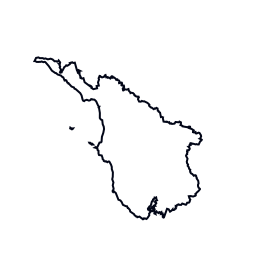 Douglas, Queensland, Australia, rotated 161°
{"feature_id": "25037944B93362533996498", "entity_name": "Douglas", "entity_type": "district", "adm_level": 2, "iso_a3": "AUS", "parent_name": "Australia", "parent_adm1": "Queensland", "projection": "robinson", "projection_center": [145.346, -16.309], "detail": "fine", "context": "isolated", "style": "outline", "palette": "ink", "viewbox_px": 256, "rotation_deg": 161, "n_neighbors": 0, "source": "geoboundaries", "source_scale": "gbopen_adm2", "svg_char_len": 5826}
<svg xmlns="http://www.w3.org/2000/svg" viewBox="0 0 256 256"><g transform="rotate(161 128 128)"><path d="M194.6,221.7L194.0,221.5L192.8,220.2L189.2,219.0L188.0,219.0L186.6,217.8L185.3,217.7L184.7,217.2L182.8,212.5L181.3,207.0L178.8,203.6L178.1,203.3L177.1,201.5L174.3,199.4L173.5,197.6L172.7,197.0L172.5,193.5L171.5,193.3L171.3,193.5L170.8,193.1L170.6,190.7L169.7,189.9L169.9,189.4L169.2,188.6L167.9,185.6L165.9,183.9L165.8,182.6L164.8,181.8L161.8,176.5L161.3,173.9L161.7,169.5L161.5,168.4L160.7,167.7L160.0,168.1L157.8,168.1L156.0,166.6L154.3,166.6L153.5,167.3L152.8,167.1L151.9,166.2L150.9,166.0L150.3,165.4L149.4,163.5L149.0,159.0L148.6,157.9L148.9,157.4L148.4,157.3L148.8,156.9L149.7,151.4L151.4,146.6L151.0,145.0L149.8,143.8L150.7,139.7L150.5,137.2L151.0,134.8L152.9,131.5L155.5,128.2L157.5,123.6L158.3,123.2L159.7,123.5L163.2,119.9L164.3,120.0L164.8,120.5L165.7,120.3L164.8,119.7L163.6,118.2L163.9,116.9L163.3,116.1L164.2,113.4L164.2,111.9L161.8,110.6L161.8,108.0L162.1,107.0L161.5,105.7L161.6,104.7L160.5,103.7L159.7,103.8L158.7,102.4L157.4,102.7L156.6,102.3L156.0,98.9L156.0,96.5L156.7,94.4L156.7,91.1L158.3,86.8L159.6,84.7L159.5,81.3L161.1,78.7L161.3,75.5L162.0,74.2L162.8,73.9L163.2,72.8L162.9,72.2L162.0,72.7L160.7,70.5L160.4,63.3L158.8,62.0L158.1,60.1L157.8,57.0L155.5,54.8L154.4,54.3L154.3,52.4L153.8,52.2L152.9,49.9L153.1,48.3L150.3,44.5L150.2,43.2L149.5,42.6L149.1,41.6L148.4,41.4L148.2,40.6L146.0,40.5L143.6,36.8L142.9,36.8L142.6,37.4L141.2,36.9L140.3,36.0L139.3,36.3L136.3,38.5L135.9,40.2L134.1,41.3L134.1,43.1L133.4,42.2L132.1,41.4L131.1,41.5L130.7,42.9L130.8,44.6L132.6,44.8L133.0,43.9L133.8,44.4L134.3,44.0L134.5,42.4L134.9,43.8L135.6,44.3L135.4,45.3L133.2,46.9L132.2,47.0L131.4,47.7L129.3,50.8L128.4,50.7L127.7,52.1L127.1,52.1L127.0,52.5L126.0,52.7L125.5,53.6L124.5,53.0L124.0,53.1L124.3,51.3L124.1,50.2L125.8,50.1L126.6,49.3L125.7,48.2L125.8,47.5L127.1,46.9L127.5,46.3L127.5,45.5L128.9,46.1L129.0,45.6L130.2,45.5L129.3,44.4L129.8,43.7L129.2,42.5L130.1,41.5L129.9,40.6L130.5,39.7L130.4,38.8L130.8,38.5L130.1,37.8L130.1,39.0L129.1,38.9L129.1,39.7L128.3,39.9L128.3,39.1L126.8,38.3L127.1,38.1L126.9,37.7L125.5,38.2L125.1,37.9L125.4,37.3L125.1,36.9L124.4,37.2L124.8,36.3L124.0,36.5L124.1,36.2L123.5,36.0L123.7,35.8L123.1,35.0L123.6,34.8L123.3,34.3L122.9,34.3L123.3,34.0L123.0,33.7L124.1,32.7L123.7,31.8L123.1,31.8L117.4,38.9L116.0,37.9L115.5,35.2L113.7,35.7L112.2,36.6L112.3,35.9L111.6,35.6L110.7,35.6L109.6,36.4L109.2,36.2L108.8,36.5L108.9,36.9L108.3,38.7L107.6,38.2L107.2,38.9L106.4,39.3L105.0,39.3L104.9,38.8L102.8,38.0L101.3,38.9L98.3,36.6L97.9,36.6L96.4,38.1L94.7,37.6L93.6,38.3L93.3,39.1L92.4,40.0L92.8,41.5L92.7,43.7L91.5,43.4L91.4,43.1L90.8,43.2L88.8,42.0L86.3,42.0L85.9,42.2L85.8,43.6L85.2,43.6L84.3,44.5L82.0,45.4L79.9,46.7L79.8,47.0L80.7,48.7L80.7,50.4L80.2,51.7L79.3,52.6L78.8,55.3L79.5,57.9L79.2,58.3L79.4,60.1L79.2,60.4L79.4,61.2L80.0,61.6L81.3,61.4L82.2,63.6L83.2,64.6L83.5,65.9L83.2,66.4L83.4,67.2L82.7,68.3L83.5,69.5L83.3,71.2L83.9,72.8L83.1,73.9L83.6,75.3L83.4,77.0L81.7,79.6L82.2,82.8L81.1,84.0L80.6,84.0L80.4,84.9L79.8,85.4L79.9,86.5L79.3,87.5L78.8,87.1L78.4,87.5L77.7,87.2L76.4,88.2L76.3,88.9L76.9,90.4L76.3,90.2L75.5,91.7L74.5,91.6L74.7,92.4L73.9,93.3L72.8,92.8L72.5,92.1L71.8,92.1L69.4,90.5L68.3,90.4L67.8,89.9L66.5,89.4L64.2,91.8L62.5,92.4L62.1,92.9L63.6,94.5L62.7,94.6L62.6,95.2L61.6,96.2L61.4,97.4L62.0,100.0L62.7,100.6L65.1,100.5L65.7,100.9L65.5,102.2L67.1,102.3L67.9,102.9L67.5,103.9L66.6,104.4L68.0,106.2L70.1,107.9L69.0,108.4L68.9,109.0L69.8,109.5L71.6,109.4L75.9,111.8L75.8,112.3L77.4,113.7L76.8,114.2L76.1,116.1L77.3,117.3L78.0,116.8L81.1,118.2L82.6,117.0L84.6,117.4L85.5,117.8L85.7,118.4L86.8,118.4L87.1,120.0L87.8,119.8L88.7,121.0L89.5,121.1L89.8,121.6L90.6,121.6L92.3,122.5L91.8,126.4L91.5,126.7L92.7,127.7L93.3,127.7L92.7,132.1L93.7,133.5L93.6,134.2L94.2,134.7L93.7,136.8L94.6,137.8L96.0,137.4L96.4,137.8L97.5,137.4L99.1,139.7L99.6,139.9L100.7,141.8L100.7,142.5L100.2,142.9L100.5,143.8L101.5,145.5L104.0,148.0L105.0,148.2L106.1,149.1L107.3,148.7L108.9,149.4L109.2,151.9L108.7,152.8L107.8,153.3L107.8,154.2L109.8,155.0L110.6,155.8L110.5,156.3L111.3,156.9L111.2,158.0L111.9,159.4L113.4,160.3L114.3,160.2L114.3,161.1L115.1,163.0L114.9,164.7L116.8,164.7L118.3,165.6L120.0,165.0L120.4,165.2L120.2,166.6L119.6,166.5L118.9,167.2L119.1,167.9L118.3,168.1L118.1,169.5L120.2,170.4L120.3,170.8L119.3,171.5L119.0,172.4L119.2,173.0L121.8,173.3L121.7,173.8L120.8,174.1L121.0,175.6L121.3,176.1L122.6,176.8L122.4,177.5L123.5,177.7L123.4,178.1L124.6,180.2L126.1,180.5L126.1,180.9L125.6,181.3L125.8,181.8L126.4,182.2L127.2,182.0L127.7,180.9L128.6,180.5L129.4,181.7L130.8,182.1L130.7,182.8L132.1,183.0L132.0,185.4L132.8,185.3L134.0,184.2L136.1,184.3L136.8,185.3L137.4,185.4L137.4,186.2L137.9,186.5L139.6,184.6L139.6,183.3L141.5,180.9L141.8,177.6L144.0,177.9L144.3,175.6L148.1,176.0L149.5,177.8L148.9,178.4L149.7,179.4L149.4,179.7L150.1,180.5L150.5,180.1L154.1,185.4L153.9,189.6L155.4,189.7L156.7,190.9L156.5,191.7L156.1,191.7L156.5,195.3L155.8,195.8L155.9,196.5L157.4,196.6L157.3,197.8L154.7,197.6L156.3,199.2L157.5,199.3L157.0,207.1L158.6,207.3L159.4,208.3L160.0,208.1L160.5,208.4L161.7,208.4L161.5,207.8L162.3,207.3L165.0,206.6L166.0,207.4L166.9,206.7L168.3,206.4L171.0,203.8L171.5,203.9L172.6,202.2L174.1,202.3L174.2,202.9L172.3,204.8L172.9,207.5L172.1,208.3L172.3,209.5L171.9,210.2L172.4,211.1L171.5,211.0L170.8,212.1L171.6,214.5L172.6,213.7L173.4,213.7L174.2,214.6L175.7,215.0L177.0,217.4L178.6,218.7L181.4,219.0L183.5,220.7L184.9,220.8L185.8,221.8L188.7,222.8L189.7,223.9L192.1,224.2L194.6,221.7ZM166.4,123.7L167.0,124.9L168.2,125.5L168.6,126.4L169.4,126.7L169.3,126.0L168.5,125.5L167.8,124.1L166.4,123.7ZM182.4,147.1L182.8,146.4L182.1,145.7L181.9,146.4L182.4,147.1ZM180.0,145.5L180.8,145.7L180.9,145.1L180.4,145.2L180.0,145.5Z" fill="none" stroke="#020617" stroke-width="2"/></g></svg>